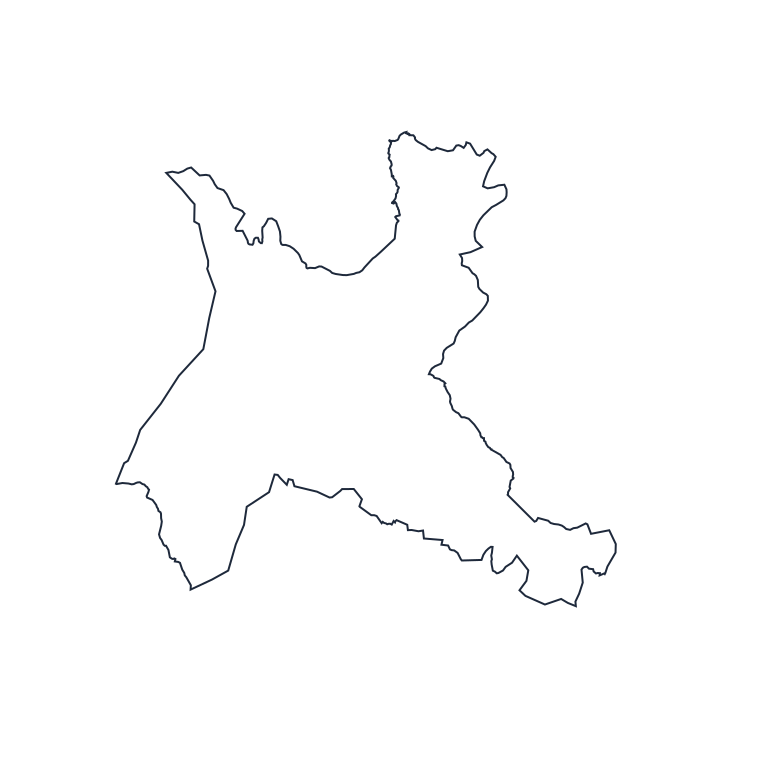 Tamazulápam del Espíritu Santo, Oaxaca, Mexico (Robinson projection), rotated 198°
{"feature_id": "50627088B94442795805381", "entity_name": "Tamazulápam del Espíritu Santo", "entity_type": "district", "adm_level": 2, "iso_a3": "MEX", "parent_name": "Mexico", "parent_adm1": "Oaxaca", "projection": "robinson", "projection_center": [-96.035, 17.033], "detail": "fine", "context": "isolated", "style": "outline", "palette": "slate", "viewbox_px": 768, "rotation_deg": 198, "n_neighbors": 0, "source": "geoboundaries", "source_scale": "gbopen_adm2", "svg_char_len": 6166}
<svg xmlns="http://www.w3.org/2000/svg" viewBox="0 0 768 768"><g transform="rotate(198 384 384)"><path d="M333.0,544.6L341.0,548.5L343.4,552.4L344.9,556.9L344.7,564.0L343.6,569.8L341.6,575.2L336.2,585.4L332.7,589.0L327.2,595.5L325.9,598.2L325.7,600.7L326.6,604.2L327.7,607.0L331.1,610.7L336.7,608.2L340.1,605.2L345.9,602.1L350.9,602.6L351.4,607.8L351.0,616.7L350.1,622.8L348.2,630.2L348.0,634.6L351.0,636.4L353.0,636.8L358.1,639.1L360.6,636.5L360.8,634.6L363.5,630.7L366.7,630.9L376.4,639.2L380.3,639.3L380.1,636.6L381.2,633.2L384.6,634.1L386.8,634.2L388.9,633.1L390.6,627.6L395.3,625.1L407.1,624.9L407.8,623.2L411.0,621.2L415.0,621.7L417.9,623.1L426.6,624.8L429.2,625.8L430.4,626.9L430.7,628.1L432.9,629.6L436.7,628.5L436.8,629.3L437.2,629.6L438.3,629.8L438.3,629.1L438.9,629.0L439.5,629.3L440.5,629.3L440.6,630.6L442.6,629.3L445.1,626.4L445.9,624.8L446.1,621.4L446.5,620.3L448.7,618.5L449.4,618.2L450.6,618.1L451.1,617.6L453.4,617.3L454.7,617.9L453.7,616.6L452.2,616.2L451.9,615.8L451.6,614.1L451.9,613.0L451.7,611.0L452.2,609.2L451.6,608.0L451.2,606.2L451.3,605.0L451.1,604.6L449.5,603.9L449.3,602.2L449.0,601.6L449.4,600.6L449.2,600.0L447.7,598.6L446.2,597.8L444.6,595.3L444.3,594.1L444.9,592.9L444.8,591.8L445.0,591.2L443.5,589.7L441.4,585.8L440.7,583.8L440.2,583.9L439.5,584.6L439.2,584.3L438.8,582.7L435.6,580.9L434.1,578.9L434.1,577.7L432.9,576.4L430.7,575.6L430.5,575.2L431.0,572.8L430.5,571.1L430.5,570.1L431.3,568.2L430.6,566.5L430.4,564.0L431.5,560.6L432.4,559.1L432.3,558.6L430.6,558.6L429.5,560.4L428.0,559.4L426.8,557.3L424.9,555.5L424.7,554.7L423.6,553.9L422.1,550.9L421.3,550.1L421.2,549.2L424.4,547.3L424.9,546.3L421.9,544.1L420.8,543.9L420.6,543.3L421.6,541.4L421.6,538.7L418.7,525.5L427.8,508.9L431.5,502.5L433.5,499.9L438.6,488.8L439.8,485.4L441.9,482.7L444.7,481.1L446.7,479.4L453.1,476.0L456.9,474.9L464.0,473.7L467.6,473.6L470.4,474.9L479.7,476.4L482.0,475.8L485.4,472.9L490.4,471.6L492.5,470.3L493.4,470.4L494.1,471.3L494.7,473.3L495.9,474.4L499.9,475.3L504.4,480.5L506.4,482.0L511.8,484.7L516.2,485.9L520.5,485.9L523.6,484.9L525.0,485.4L526.9,488.2L528.0,492.1L530.1,496.9L533.4,501.3L536.8,505.5L541.8,506.8L545.2,505.3L545.9,500.8L547.0,496.9L548.0,495.4L547.2,492.1L544.7,485.8L544.5,484.0L543.7,482.0L543.7,480.2L544.7,479.9L547.0,480.9L548.0,482.8L549.1,484.1L551.1,483.5L552.1,482.2L552.2,479.9L551.7,477.4L552.1,475.8L555.0,475.2L556.1,475.4L557.0,476.2L558.0,478.2L565.8,486.0L571.4,484.0L572.7,484.7L573.2,485.8L573.2,487.3L569.2,502.8L572.3,504.7L578.0,505.4L581.5,505.2L585.8,509.0L588.4,512.1L592.3,516.0L596.5,518.8L602.9,518.9L606.7,521.7L609.3,524.4L614.4,528.3L617.9,527.9L623.8,525.4L634.3,530.3L637.6,528.1L640.7,524.4L644.9,521.2L650.9,520.5L656.3,517.5L635.9,506.4L625.1,499.5L619.7,496.4L614.7,479.9L609.3,478.8L601.0,464.3L589.4,447.0L587.8,442.0L587.8,439.0L572.9,420.1L570.6,392.8L566.6,361.3L581.6,328.5L590.2,296.2L601.7,265.0L601.8,251.6L603.8,231.8L606.7,228.4L608.1,206.3L607.4,206.2L602.2,209.0L596.2,210.4L593.0,210.6L591.1,211.5L589.1,213.4L587.8,214.3L585.8,215.1L582.8,214.2L580.8,214.3L579.0,213.2L577.2,212.7L576.0,211.5L574.8,210.9L574.7,208.4L575.1,204.0L574.2,202.8L568.3,202.2L563.3,198.6L562.0,196.8L560.4,195.5L559.3,193.6L556.9,192.9L556.0,191.7L554.5,187.5L552.8,184.5L552.1,180.3L551.5,171.5L549.4,168.4L547.3,166.9L544.0,163.1L542.5,162.4L541.3,162.8L537.7,159.5L534.1,153.0L531.8,152.3L530.5,152.4L529.5,153.3L528.3,153.1L528.1,150.6L524.7,151.2L522.8,150.9L518.5,145.1L515.6,142.6L514.3,140.4L512.4,139.2L505.5,132.9L504.4,128.7L487.2,144.8L474.5,158.4L475.4,185.7L473.6,206.7L476.6,224.8L459.9,245.6L460.1,264.1L457.0,264.7L453.8,262.6L445.3,258.1L445.3,264.0L441.2,264.4L437.6,259.1L414.4,260.9L400.7,259.2L398.3,260.3L392.5,268.8L391.4,271.1L380.3,274.8L369.4,267.6L369.6,260.1L369.1,259.7L355.6,255.3L352.8,256.2L350.2,256.2L343.2,250.9L342.6,252.5L341.1,251.9L338.8,252.0L337.6,251.6L336.4,252.5L334.9,253.0L333.2,252.7L332.5,256.7L330.8,255.8L330.8,256.8L330.0,258.4L318.4,257.3L316.1,252.4L312.6,253.7L305.7,254.6L301.6,256.7L298.3,249.4L280.1,253.7L279.7,248.9L273.1,250.2L270.2,247.1L268.4,246.9L265.8,247.4L261.8,246.1L256.7,241.0L255.4,240.2L236.9,246.8L236.7,252.3L235.5,256.6L233.8,259.8L232.0,262.2L230.4,262.6L229.2,256.8L229.0,254.0L227.2,250.6L227.2,248.7L225.8,245.5L222.8,240.1L220.5,239.8L218.3,238.8L216.8,239.6L213.2,243.4L211.8,247.7L207.0,253.6L204.6,261.8L189.2,251.4L187.7,240.8L191.4,229.7L184.0,226.2L162.8,224.0L149.1,234.3L141.5,232.6L132.9,232.0L134.7,236.2L133.6,244.9L133.6,256.5L138.8,268.5L138.1,270.7L136.9,271.9L134.5,273.0L132.0,271.7L127.9,272.5L126.7,270.5L123.9,269.3L122.3,270.3L120.2,270.8L119.8,268.6L116.0,271.9L115.3,271.5L115.1,272.7L115.1,279.4L111.7,295.2L114.1,303.4L124.6,314.5L140.8,305.5L147.2,313.4L149.1,313.7L155.8,307.1L159.3,305.4L161.9,302.8L165.9,302.4L168.6,303.6L171.1,304.3L174.6,304.3L179.0,303.4L182.6,303.3L185.6,304.7L196.1,304.2L196.9,300.8L198.3,299.6L232.2,316.8L232.0,317.7L232.6,319.4L231.7,323.7L232.8,324.9L233.6,331.3L231.7,334.1L231.9,334.9L232.7,335.0L233.1,336.1L233.2,337.8L234.2,340.2L237.7,343.2L238.8,346.1L240.0,347.2L243.5,347.7L247.3,350.6L249.0,351.0L251.2,352.6L261.1,354.6L261.5,355.1L262.2,354.8L263.6,356.0L265.3,356.2L267.5,357.8L269.0,359.3L269.7,360.5L271.3,360.9L272.2,363.4L273.4,363.0L274.4,363.7L275.0,363.5L276.4,365.0L277.3,366.9L280.4,369.5L285.7,373.4L292.7,377.1L297.3,377.2L299.6,376.4L300.5,376.6L304.2,379.2L306.8,379.5L310.3,380.8L311.1,381.5L312.7,384.0L315.1,386.5L315.8,387.7L316.2,390.6L318.0,393.7L321.0,396.0L323.9,398.9L324.9,400.5L325.8,400.5L326.5,402.8L325.9,403.6L328.1,404.8L331.3,405.2L332.8,405.9L337.9,405.5L338.5,405.8L339.4,406.9L340.4,407.2L342.8,407.6L344.3,407.2L344.1,410.0L343.3,413.4L341.0,416.6L335.9,421.1L335.6,427.0L337.1,430.7L337.2,434.3L335.5,437.8L330.3,444.0L330.0,446.8L330.3,450.6L328.9,458.1L324.7,463.7L322.3,468.7L319.7,471.6L316.6,477.9L314.6,482.0L312.8,486.8L311.5,491.0L310.9,495.4L312.5,499.9L314.4,501.0L318.0,501.6L322.5,503.8L324.4,505.5L326.9,511.9L329.9,515.3L332.1,516.3L334.0,516.7L339.4,520.7L346.6,521.0L347.4,522.8L347.6,525.1L348.7,527.9L351.9,530.6L342.5,536.1L333.0,544.6Z" fill="none" stroke="#1e293b" stroke-width="2"/></g></svg>